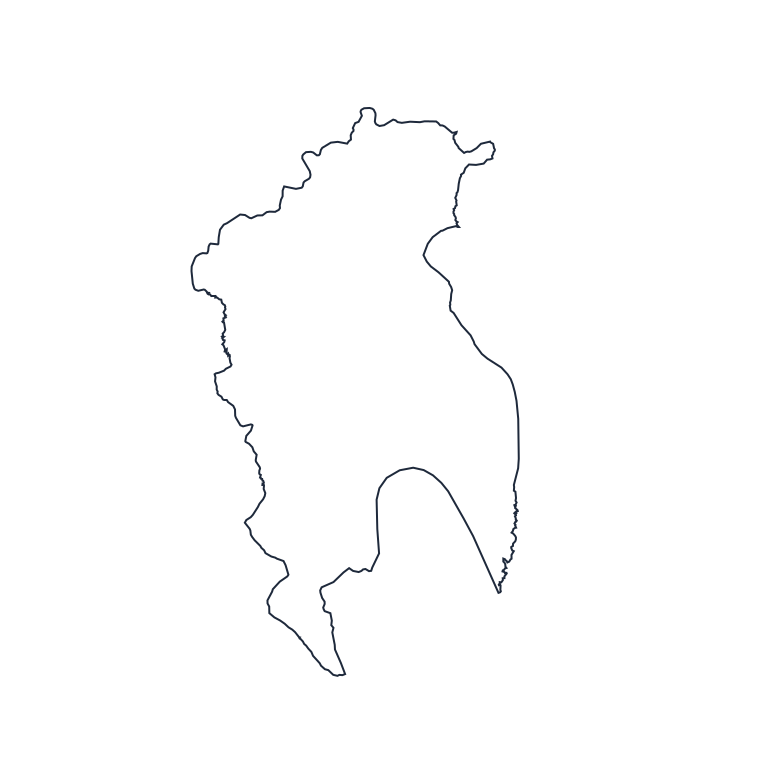 outline of Kasy, Vientiane, Laos, rotated 312°
{"feature_id": "54806243B33776683357165", "entity_name": "Kasy", "entity_type": "district", "adm_level": 2, "iso_a3": "LAO", "parent_name": "Laos", "parent_adm1": "Vientiane", "projection": "mercator", "projection_center": [102.146, 19.097], "detail": "fine", "context": "isolated", "style": "outline", "palette": "slate", "viewbox_px": 768, "rotation_deg": 312, "n_neighbors": 0, "source": "geoboundaries", "source_scale": "gbopen_adm2", "svg_char_len": 6166}
<svg xmlns="http://www.w3.org/2000/svg" viewBox="0 0 768 768"><g transform="rotate(312 384 384)"><path d="M418.6,534.2L447.9,507.1L460.1,493.8L465.6,486.5L469.8,480.0L472.4,475.0L473.9,469.3L474.8,460.3L472.1,444.0L471.8,436.6L474.2,424.6L475.6,422.3L478.1,415.8L479.5,402.3L483.4,388.2L483.1,384.4L486.3,380.4L487.2,380.3L488.7,378.6L490.8,377.7L495.9,373.7L499.3,371.9L501.0,369.0L502.1,365.4L503.4,363.8L503.5,349.8L502.7,340.1L503.6,333.9L506.2,327.1L517.5,322.7L525.7,321.9L536.0,323.9L537.1,324.9L542.3,326.9L549.4,331.8L550.0,333.7L550.8,334.6L551.1,332.1L552.0,330.3L553.6,330.4L553.3,328.9L553.6,327.3L555.3,326.5L556.0,325.3L556.4,323.2L557.3,322.4L557.4,321.4L558.7,320.2L560.0,319.9L560.6,318.6L562.2,319.1L563.9,318.1L565.4,318.5L567.9,315.5L568.9,315.1L570.0,312.4L573.0,311.5L574.4,310.2L575.5,310.3L577.5,309.4L582.9,305.5L587.7,302.7L590.2,302.1L591.1,301.1L594.3,301.9L598.7,300.1L604.0,300.3L608.4,305.8L614.5,310.6L619.7,310.5L622.0,312.6L624.2,313.7L625.8,311.6L627.7,311.4L629.4,310.3L631.5,310.2L632.5,309.4L632.8,308.1L635.5,304.4L634.8,301.1L635.1,300.6L627.4,295.3L621.3,295.0L615.3,293.2L613.6,292.1L612.7,290.7L611.2,289.6L609.3,288.9L609.3,281.6L610.0,280.5L610.9,275.5L612.5,273.1L612.6,271.6L615.4,269.4L618.3,270.1L619.9,269.3L617.5,267.8L616.3,266.5L616.0,256.8L615.3,254.5L613.8,252.7L614.2,249.6L614.0,247.1L606.4,238.4L602.6,235.5L596.4,227.9L590.0,222.5L587.7,218.8L587.7,216.2L586.6,213.9L576.4,210.9L572.7,208.0L571.8,204.5L572.2,202.9L573.0,201.5L578.1,197.9L579.5,196.4L580.9,192.9L580.8,191.2L579.6,188.7L575.6,184.7L572.7,183.7L571.4,184.0L570.5,184.5L568.5,188.1L561.8,189.7L558.6,188.0L553.3,189.6L552.7,191.1L551.6,192.0L549.2,191.9L546.6,192.8L543.5,195.9L540.8,195.4L538.0,195.8L533.0,187.6L527.8,183.0L518.2,180.1L515.7,180.5L511.8,182.6L510.4,182.5L509.0,181.1L508.7,176.5L507.6,174.3L504.1,170.9L500.5,170.4L498.9,170.7L496.9,172.4L492.5,186.4L490.3,189.4L488.1,190.8L486.3,190.9L481.6,189.4L479.9,189.4L476.5,191.4L474.8,191.5L470.1,188.0L464.0,177.6L459.9,179.3L455.6,183.1L452.1,184.1L446.9,187.1L445.1,189.0L443.0,189.3L439.1,187.9L435.6,183.7L433.2,181.8L428.0,180.8L424.5,177.1L418.4,174.5L417.5,172.9L416.6,167.7L413.7,163.7L398.4,159.7L395.2,158.3L388.9,158.9L382.6,162.9L377.3,167.1L376.6,167.1L372.3,161.2L371.1,161.0L368.8,161.7L365.4,164.2L363.1,165.1L362.3,164.7L360.0,161.7L357.6,160.3L353.3,159.0L351.1,159.3L342.7,162.4L339.1,165.4L330.6,174.8L328.0,179.2L327.9,180.8L329.0,183.6L333.6,186.8L334.1,187.8L334.0,190.6L333.4,191.3L334.5,192.8L333.1,193.0L333.2,193.7L334.2,194.8L333.8,196.8L336.7,199.9L336.6,200.4L335.4,200.8L336.6,202.2L336.7,204.9L337.8,206.6L335.9,209.2L335.7,211.5L336.1,212.8L335.4,214.2L334.6,214.5L333.6,216.1L329.9,216.8L329.1,219.1L329.2,220.0L328.5,220.1L328.7,220.9L327.6,220.9L327.5,221.8L325.3,220.7L323.9,222.3L322.2,222.2L322.1,223.1L322.7,223.9L318.0,229.8L315.5,230.5L313.5,230.4L312.2,232.3L311.1,231.9L311.2,232.5L310.5,232.7L311.3,233.4L310.0,233.3L309.0,234.7L309.8,236.4L308.3,237.2L305.3,237.3L305.4,238.8L303.9,241.8L303.2,243.0L301.5,243.8L301.7,244.2L303.7,243.6L304.7,243.8L301.3,246.5L301.3,247.7L302.2,247.8L300.9,249.1L302.2,249.2L302.3,249.8L301.3,250.3L301.5,250.9L299.8,252.0L297.1,255.5L296.3,257.8L294.3,258.2L289.5,256.3L286.9,256.2L281.8,253.7L279.5,252.0L277.9,251.6L276.2,254.3L272.9,256.7L270.3,261.3L267.9,263.4L267.1,265.4L265.6,266.4L265.2,268.3L265.8,271.7L264.7,274.5L265.1,275.8L266.9,277.9L266.2,280.3L266.9,286.6L265.4,290.3L260.8,294.7L259.8,296.6L257.2,304.9L258.2,307.6L264.9,312.1L265.5,313.5L265.2,314.1L260.3,316.3L253.3,316.4L248.7,319.2L248.4,320.0L249.3,323.7L248.9,328.5L246.8,332.3L246.2,336.7L241.6,339.6L240.7,340.7L239.0,347.4L238.1,348.6L236.4,349.2L234.2,350.9L233.7,351.9L234.0,353.3L231.5,354.5L231.8,355.2L231.3,356.2L231.9,357.0L230.9,358.3L231.2,359.1L230.3,360.7L229.1,361.1L228.7,360.4L227.6,361.2L228.6,362.2L228.2,362.8L225.5,364.8L223.5,368.8L220.8,370.4L217.4,371.3L211.7,371.6L208.2,372.6L199.0,374.1L195.9,374.1L190.8,372.7L187.8,373.4L186.5,381.0L185.7,382.7L182.9,385.9L182.1,388.4L181.3,392.5L180.9,400.5L180.2,402.4L180.2,406.2L179.0,409.1L180.4,415.7L182.2,419.4L182.5,421.2L185.2,427.8L183.5,432.1L178.3,440.6L176.3,440.9L167.4,438.8L157.1,438.7L154.8,439.8L145.2,442.2L143.0,444.3L141.8,447.6L137.0,452.1L137.2,458.7L138.7,464.9L139.4,470.6L139.3,475.9L140.1,480.2L140.1,483.9L139.0,490.3L139.3,490.9L138.7,490.9L138.4,491.7L138.7,492.6L138.4,496.0L137.4,498.6L137.5,501.2L136.7,504.8L136.3,509.3L134.5,513.2L133.5,523.0L132.5,525.7L132.5,530.9L134.1,534.1L133.9,540.9L136.0,544.7L138.0,545.5L139.8,547.9L142.4,549.2L147.8,538.7L153.9,525.2L157.2,521.9L164.8,511.8L169.0,509.6L169.5,506.2L173.2,503.6L177.8,497.5L175.5,491.9L176.3,489.8L177.2,488.4L180.8,487.1L182.5,485.5L183.6,481.2L186.4,476.4L187.9,474.7L191.2,473.7L203.0,479.0L216.9,480.0L223.8,481.3L224.4,486.1L227.3,491.0L230.0,492.3L232.2,492.5L234.1,494.0L234.9,498.1L236.6,499.5L239.7,498.1L254.8,493.7L271.7,476.1L293.1,455.9L303.5,450.3L316.1,448.8L330.4,453.4L341.3,461.7L346.6,471.1L348.9,481.5L348.9,492.8L347.2,503.5L337.3,533.3L330.6,552.0L305.4,608.8L307.1,609.7L308.2,609.5L308.8,608.3L312.3,605.4L312.7,604.4L311.5,604.0L311.8,603.5L313.3,603.5L314.2,602.6L315.1,603.9L317.7,603.6L319.1,602.2L320.3,603.4L321.6,602.2L325.3,602.0L325.6,601.4L324.4,600.5L324.9,599.4L324.0,597.5L325.0,597.0L325.8,597.6L327.8,597.3L329.2,598.1L329.5,596.5L331.1,594.8L331.8,593.3L331.9,591.5L334.1,589.5L334.7,591.1L334.3,592.4L334.6,593.3L333.9,595.1L335.8,595.9L338.2,595.4L339.5,595.7L342.3,593.1L346.6,592.3L346.1,590.7L347.3,588.2L348.1,587.6L349.9,588.2L351.8,586.7L354.9,586.8L356.6,586.1L358.3,584.7L358.9,583.1L359.3,580.1L358.9,578.3L361.1,578.1L362.7,577.2L364.7,577.6L365.6,578.3L366.6,576.1L367.3,576.0L367.6,574.3L369.9,573.8L370.2,574.3L371.3,574.1L371.6,572.4L372.4,571.8L373.3,569.8L374.7,570.0L375.0,569.6L375.1,567.3L375.8,567.3L376.1,568.8L376.6,568.8L376.4,567.5L377.9,567.5L379.1,568.4L379.6,567.6L379.6,564.4L381.1,563.7L380.5,563.3L381.2,561.9L382.5,562.5L384.7,561.8L385.2,559.9L387.6,558.4L391.9,553.7L391.6,551.9L394.5,549.7L395.8,548.1L411.1,540.1L418.6,534.2Z" fill="none" stroke="#1e293b" stroke-width="2"/></g></svg>